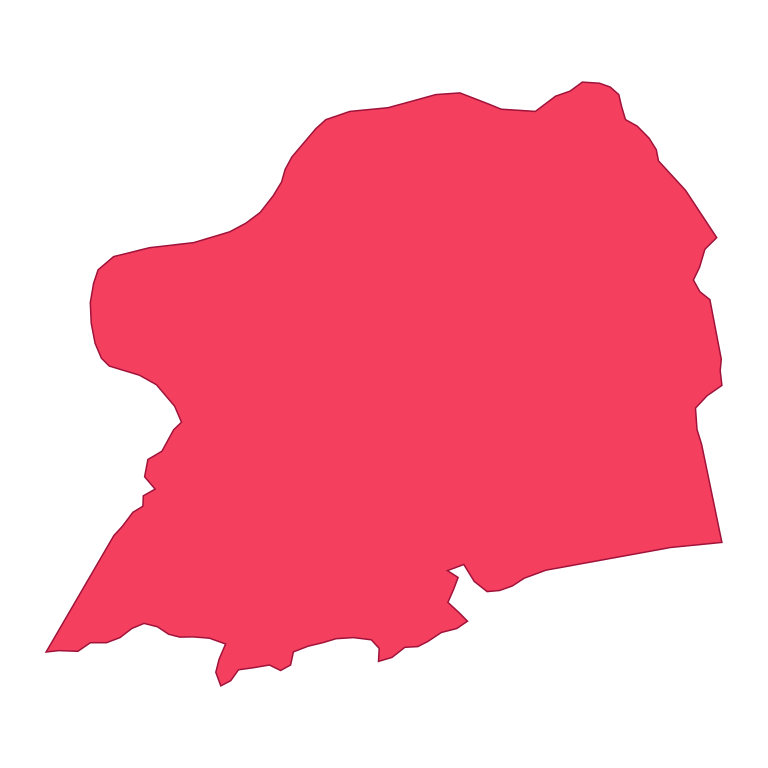 the district of São José da Laje, Alagoas, Brazil
{"feature_id": "56859067B95823452257681", "entity_name": "São José da Laje", "entity_type": "district", "adm_level": 2, "iso_a3": "BRA", "parent_name": "Brazil", "parent_adm1": "Alagoas", "projection": "albers", "projection_center": [-36.053, -8.988], "detail": "fine", "context": "isolated", "style": "filled", "palette": "rose", "viewbox_px": 768, "rotation_deg": 0, "n_neighbors": 0, "source": "geoboundaries", "source_scale": "gbopen_adm2", "svg_char_len": 1543}
<svg xmlns="http://www.w3.org/2000/svg" viewBox="0 0 768 768"><path d="M143.3,495.8L142.9,506.2L132.9,512.3L122.2,526.5L113.9,535.5L46.1,652.0L58.9,650.6L77.9,651.3L90.4,642.7L106.5,642.7L120.0,637.6L131.8,628.5L144.0,623.4L157.5,626.8L168.7,634.3L179.8,637.1L193.3,636.9L209.5,638.2L225.6,644.0L219.1,659.2L215.8,672.3L220.8,685.9L230.8,680.6L238.5,669.8L254.2,667.6L269.4,665.0L280.6,670.5L290.6,665.0L293.4,651.9L308.1,646.2L323.1,642.6L336.0,638.7L353.4,637.6L371.3,639.8L379.2,648.4L378.5,661.4L392.0,657.4L404.9,647.3L417.8,646.6L427.8,641.5L441.3,632.5L456.8,628.5L467.5,621.2L459.2,612.8L447.9,602.4L453.6,589.4L458.1,577.5L447.4,570.6L463.8,564.5L474.3,581.5L487.1,591.6L499.6,590.5L512.4,585.9L524.2,578.2L545.8,570.2L670.4,547.5L721.9,542.4L701.6,444.3L697.0,429.5L695.5,408.1L707.1,395.7L721.9,385.4L720.2,370.6L721.3,359.3L709.9,299.7L699.9,291.7L693.4,280.0L699.5,267.4L704.9,249.3L716.7,237.6L685.5,190.3L658.5,160.9L656.3,149.7L649.1,138.2L637.3,126.2L625.5,119.6L621.6,106.6L618.8,94.6L610.3,87.1L599.4,83.2L582.3,82.1L570.1,91.1L555.5,96.2L535.4,111.4L501.2,109.2L490.5,104.8L459.9,92.9L435.7,94.6L388.1,107.7L349.9,111.4L325.9,119.6L315.9,128.6L291.9,156.9L285.1,169.5L281.6,181.9L273.3,195.6L260.2,212.4L245.8,223.2L229.7,231.8L193.7,242.6L149.4,247.7L113.6,256.6L98.1,269.8L93.6,283.3L90.3,302.5L91.2,323.1L95.1,343.4L101.4,358.2L109.3,366.1L139.4,375.2L156.4,384.7L174.7,406.3L181.5,422.2L173.7,429.7L161.9,451.2L147.9,459.5L144.6,476.8L155.1,489.1L143.3,495.8Z" fill="#f43f5e" stroke="#9f1239" stroke-width="1.5"/></svg>